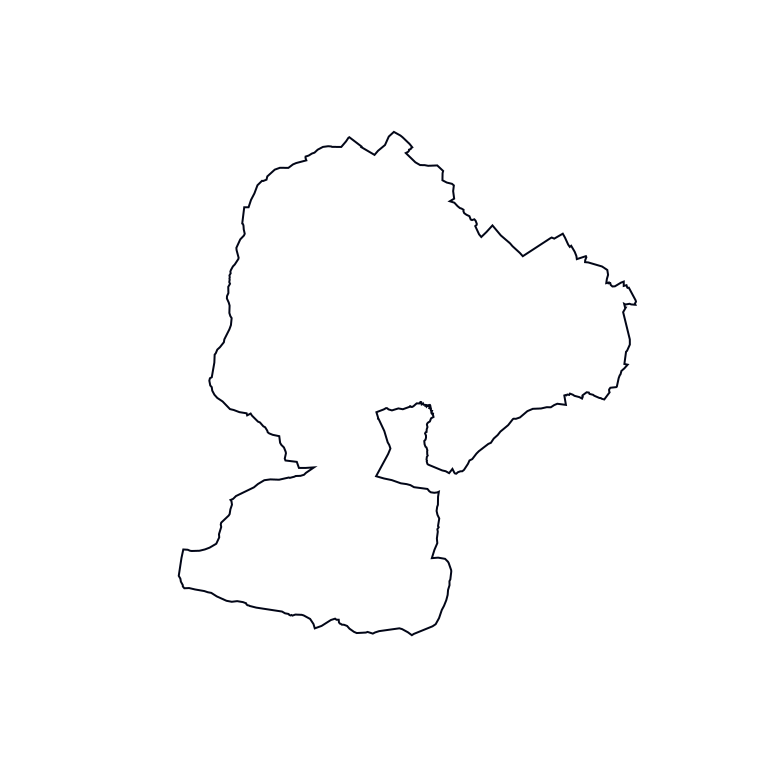 Ulies, Harghita, Romania, rotated 337°
{"feature_id": "2599482B10637984769645", "entity_name": "Ulies", "entity_type": "district", "adm_level": 2, "iso_a3": "ROU", "parent_name": "Romania", "parent_adm1": "Harghita", "projection": "natural_earth1", "projection_center": [25.262, 46.196], "detail": "fine", "context": "isolated", "style": "outline", "palette": "ink", "viewbox_px": 768, "rotation_deg": 337, "n_neighbors": 0, "source": "geoboundaries", "source_scale": "gbopen_adm2", "svg_char_len": 6166}
<svg xmlns="http://www.w3.org/2000/svg" viewBox="0 0 768 768"><g transform="rotate(337 384 384)"><path d="M615.8,461.4L613.1,459.5L619.4,448.9L620.7,448.4L625.7,443.8L627.7,439.0L632.2,411.3L636.4,408.1L635.8,407.8L636.4,404.0L637.4,405.2L641.4,406.1L642.6,407.3L646.4,409.3L646.4,408.0L648.1,406.7L648.3,405.3L647.0,391.0L645.8,390.7L645.6,390.3L645.8,387.8L643.0,387.4L644.7,383.4L641.8,383.3L634.7,384.3L632.4,383.5L631.4,381.4L631.7,379.5L630.2,379.1L630.5,378.4L628.0,378.0L630.2,374.4L632.9,371.1L634.1,366.3L630.6,361.0L619.5,351.9L616.7,350.4L617.6,348.6L619.8,346.4L619.8,345.2L610.3,344.4L611.1,341.3L611.2,336.8L610.3,329.9L608.6,330.4L608.0,327.7L607.8,319.9L607.3,315.5L597.5,316.7L595.6,314.7L594.2,314.8L561.7,320.6L560.3,316.5L556.1,307.3L555.0,303.8L549.6,292.9L545.8,280.4L537.8,284.1L531.0,286.7L530.0,283.4L529.7,274.3L531.5,273.7L532.0,272.8L532.1,269.4L531.5,267.7L529.1,267.5L528.1,266.5L528.2,262.9L526.0,260.4L524.6,258.1L524.6,256.1L525.3,254.7L523.9,252.8L522.6,251.7L521.2,249.0L519.6,244.6L516.0,241.5L521.0,240.8L523.0,233.5L525.9,228.5L524.8,226.3L520.5,223.1L517.4,219.3L520.3,212.8L521.7,211.0L518.4,203.6L509.9,200.4L506.9,198.4L502.8,196.6L499.5,192.2L494.3,179.9L496.9,179.7L498.4,178.9L498.6,178.1L500.5,178.1L501.1,177.5L502.5,177.2L501.4,173.2L497.5,164.1L496.2,161.7L491.6,155.8L485.1,158.1L478.3,164.4L469.6,167.0L464.8,169.4L455.6,157.0L456.1,156.6L448.5,143.3L447.4,143.5L443.9,145.8L437.3,149.1L428.8,145.4L428.2,144.7L425.5,143.3L420.4,141.9L414.5,142.4L410.4,143.9L407.7,143.7L403.9,144.3L400.7,144.0L400.1,145.1L399.9,147.8L389.5,146.3L386.0,146.3L380.4,147.7L372.7,144.3L367.2,144.0L357.7,147.3L355.7,150.0L352.0,149.9L351.1,149.3L345.2,151.6L339.2,157.9L333.5,162.6L328.4,168.4L324.4,166.7L316.2,180.9L316.7,181.8L316.5,183.4L315.3,186.9L314.5,191.3L313.1,192.6L308.2,194.7L301.3,201.0L300.6,203.2L299.5,211.0L298.8,212.0L293.3,215.7L290.9,216.7L287.6,219.3L286.5,220.5L286.1,222.2L284.2,223.6L283.7,225.5L282.9,226.6L282.7,227.7L281.4,229.7L281.4,231.6L278.6,233.7L276.3,239.5L273.8,241.8L272.8,243.9L272.9,248.4L272.5,251.5L269.4,258.2L269.1,261.5L269.5,263.8L266.1,270.0L263.0,273.3L254.5,280.5L252.9,283.0L247.4,286.0L244.0,287.2L241.1,290.0L239.6,290.8L236.2,298.0L228.1,310.5L226.0,310.7L224.5,312.7L223.5,317.5L224.2,319.6L223.3,323.0L223.7,327.6L225.1,331.7L228.6,337.0L232.4,346.9L235.5,349.2L239.9,353.4L246.1,357.3L245.8,359.4L249.7,359.1L250.1,361.5L253.3,369.4L254.8,370.9L256.4,375.8L257.7,377.4L258.3,381.4L258.1,383.0L259.0,384.6L261.7,387.3L267.2,391.1L265.4,397.5L265.7,399.9L267.1,403.3L267.0,407.9L266.7,409.4L263.5,413.9L263.4,415.9L273.3,421.6L272.9,428.0L278.7,430.5L287.0,433.4L277.4,435.3L274.9,436.3L271.2,435.9L266.8,434.2L265.3,434.3L260.6,433.6L259.9,432.9L250.0,431.1L242.1,427.4L236.2,425.8L228.9,426.8L223.9,428.3L204.0,429.3L200.2,430.8L197.4,430.8L197.8,432.3L196.9,435.7L193.6,439.4L191.1,443.4L189.7,444.4L180.0,448.0L178.8,449.6L178.3,452.0L173.4,457.8L172.4,460.8L167.2,465.5L159.5,466.5L154.5,466.3L149.0,465.4L141.8,462.6L140.3,461.7L138.6,459.9L134.6,457.9L129.6,465.0L120.1,480.4L120.5,483.6L119.8,486.6L120.2,490.5L119.7,491.8L120.4,494.0L124.9,495.7L129.8,499.3L137.7,504.4L140.4,506.8L143.4,508.8L147.1,514.2L154.3,522.0L158.8,525.0L164.0,526.5L169.0,529.7L171.4,532.0L171.3,533.1L171.9,534.3L173.0,535.0L173.6,535.8L179.0,539.9L201.2,553.6L203.3,556.4L206.3,558.4L206.6,559.6L207.5,560.5L208.6,560.5L209.2,561.4L212.3,561.6L218.0,564.3L219.6,565.6L224.2,571.4L225.3,577.4L224.8,581.9L232.0,582.3L242.9,580.5L247.3,580.9L248.1,582.4L250.2,583.3L249.4,585.8L249.7,587.2L250.5,587.9L251.1,589.0L253.1,590.0L255.5,592.3L256.6,595.7L259.5,600.4L261.6,602.6L270.2,605.7L272.0,605.8L276.2,609.4L278.7,609.2L283.0,609.6L302.7,614.9L304.9,616.7L309.0,621.9L311.5,626.1L313.8,625.7L334.0,626.0L337.7,625.3L343.2,621.0L348.9,614.6L352.5,611.7L356.8,607.4L360.2,603.0L362.5,598.6L365.7,594.8L367.2,591.1L368.7,589.8L372.6,583.0L373.1,581.6L373.6,574.0L373.4,572.5L371.9,568.8L366.0,565.0L360.0,563.0L365.6,556.4L370.9,551.3L372.3,546.9L375.8,541.0L376.4,538.5L378.4,537.2L378.2,535.9L382.3,529.4L382.1,525.3L382.8,521.4L384.9,517.9L386.4,516.3L389.7,508.9L392.4,504.6L390.6,504.6L387.8,503.8L384.8,502.0L383.8,500.4L383.0,497.6L371.3,490.7L368.8,487.4L365.7,485.0L360.7,482.0L353.6,475.5L347.0,470.9L340.7,465.8L360.4,450.1L364.7,445.9L365.0,442.1L364.6,439.2L365.9,427.4L365.4,414.1L364.9,413.6L365.4,412.7L366.0,407.0L373.8,407.3L376.5,407.0L377.5,407.6L378.2,409.1L381.0,411.4L387.7,412.1L391.5,414.6L398.6,415.0L399.4,414.6L399.8,415.0L399.9,415.6L400.8,416.1L402.3,416.0L406.5,414.6L408.9,415.7L410.5,414.8L411.0,415.1L410.7,415.5L410.6,417.4L412.3,417.0L412.3,418.5L414.4,419.7L413.9,420.3L414.9,420.5L414.3,420.7L414.3,421.4L415.3,420.9L415.8,421.5L418.1,421.5L418.1,422.0L416.9,421.9L417.0,422.6L417.8,423.1L417.7,424.2L417.3,424.1L416.9,423.2L416.2,423.9L417.4,425.4L416.8,426.9L417.7,427.5L416.3,429.0L416.7,430.8L417.4,430.2L417.6,430.4L417.1,431.2L416.7,433.7L413.9,434.0L411.6,436.4L409.5,436.7L408.3,437.3L407.6,438.2L407.2,440.6L405.6,442.4L404.4,444.8L403.5,444.7L402.5,445.5L402.5,447.9L401.7,449.8L400.5,451.4L398.8,452.2L397.8,455.4L397.7,457.9L398.3,459.0L398.0,462.0L397.5,462.6L396.3,465.7L396.3,466.9L395.0,467.8L393.6,470.2L393.6,471.4L393.1,471.9L392.8,473.7L392.8,474.9L393.5,475.8L403.8,486.3L406.7,488.4L409.1,491.5L413.8,488.9L414.1,493.2L414.5,494.2L415.5,494.8L417.5,494.1L420.1,494.2L422.0,494.9L424.1,494.3L430.1,490.3L432.8,487.8L435.9,487.6L441.9,484.2L445.1,482.9L456.7,479.9L459.4,479.9L463.7,477.1L468.7,475.4L472.5,473.3L482.2,470.4L488.9,466.7L489.7,466.6L491.9,467.6L496.1,467.9L505.4,465.0L511.3,465.0L519.0,467.9L524.6,468.9L528.5,470.6L532.4,469.9L535.8,469.9L543.3,474.3L545.5,465.0L546.8,465.1L547.4,465.7L548.6,465.3L550.2,466.4L551.4,465.5L553.6,467.6L554.7,469.3L558.7,472.4L560.6,474.8L562.0,473.4L561.8,472.6L562.4,472.0L567.3,470.8L569.2,471.9L569.3,473.4L572.3,475.7L572.9,476.9L576.8,481.0L578.1,481.7L578.5,482.5L580.7,484.3L588.4,479.8L588.5,478.4L589.1,477.0L590.9,475.9L596.5,477.6L597.3,477.4L602.3,470.3L604.4,468.1L605.4,467.6L607.7,464.7L611.4,463.5L615.8,461.4Z" fill="none" stroke="#020617" stroke-width="2"/></g></svg>